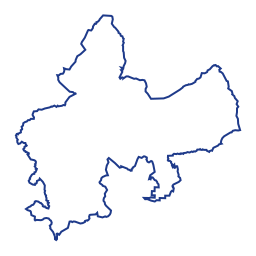 outline of Eloxochitlán, Hidalgo, Mexico
{"feature_id": "50627088B56771810727616", "entity_name": "Eloxochitlán", "entity_type": "district", "adm_level": 2, "iso_a3": "MEX", "parent_name": "Mexico", "parent_adm1": "Hidalgo", "projection": "robinson", "projection_center": [-98.887, 20.743], "detail": "fine", "context": "isolated", "style": "outline", "palette": "blue", "viewbox_px": 256, "rotation_deg": 0, "n_neighbors": 0, "source": "geoboundaries", "source_scale": "gbopen_adm2", "svg_char_len": 5764}
<svg xmlns="http://www.w3.org/2000/svg" viewBox="0 0 256 256"><path d="M67.9,227.9L69.6,221.6L71.1,221.4L72.3,222.1L73.4,221.5L75.0,221.6L80.3,223.5L82.7,223.1L85.0,221.9L85.1,220.9L87.1,220.3L87.5,220.6L88.5,219.9L89.5,218.5L89.1,216.7L89.6,215.1L90.2,214.8L95.6,214.4L97.2,212.8L97.8,216.3L102.5,217.4L105.2,216.4L106.2,216.9L108.1,216.3L109.9,214.5L110.6,212.9L111.0,210.5L106.0,205.7L105.0,204.2L104.7,202.3L103.6,201.0L103.5,200.0L103.9,198.1L105.2,196.3L104.8,193.7L107.1,190.0L105.3,186.7L102.7,185.8L102.4,185.0L99.9,183.3L99.5,182.2L101.1,180.1L101.3,178.3L102.6,177.0L105.9,175.5L107.9,175.3L105.9,169.8L106.8,165.5L108.5,162.3L107.5,159.4L108.8,158.0L114.8,162.9L119.7,167.7L121.4,167.2L121.3,166.3L127.2,168.6L128.1,169.6L129.3,169.8L130.7,170.8L131.7,170.6L131.6,169.2L132.6,168.5L132.7,167.6L135.0,166.0L137.5,159.1L138.7,156.9L141.7,157.9L143.7,156.4L144.7,156.4L146.8,157.5L146.8,159.0L146.4,159.4L147.4,161.6L148.3,162.2L149.0,162.4L151.1,161.0L152.2,161.5L153.3,164.7L154.7,171.9L150.2,175.3L149.1,179.1L149.8,178.9L150.6,179.3L151.3,177.2L152.7,177.5L154.7,180.1L155.9,180.4L157.1,181.9L157.3,182.9L158.5,184.3L158.7,187.4L154.7,187.2L154.6,191.2L151.9,191.1L151.7,195.2L154.8,195.3L154.7,197.7L150.8,197.4L149.4,198.0L144.0,197.9L145.1,199.2L147.4,199.1L151.0,200.6L154.8,201.5L156.5,200.2L159.7,200.4L159.7,198.0L165.2,198.2L165.2,195.7L169.4,195.7L170.9,191.8L171.9,190.8L173.2,191.4L173.8,188.2L172.9,187.5L173.1,186.7L172.5,186.2L172.6,185.6L173.5,184.5L178.8,181.9L180.6,180.2L180.1,177.9L178.4,176.4L178.7,174.9L177.6,171.4L177.9,169.3L177.2,166.3L176.2,166.2L174.8,167.9L173.6,167.3L174.4,165.4L174.3,164.6L173.2,165.8L172.5,165.2L172.3,166.1L171.9,165.2L172.5,164.7L171.0,162.7L171.1,161.8L169.9,160.9L168.3,160.8L167.8,160.1L168.4,158.7L167.9,157.9L168.0,155.8L172.8,155.6L172.9,154.7L174.0,153.8L176.4,154.1L177.4,153.6L179.2,154.1L180.3,153.5L180.8,154.0L182.0,153.3L183.3,153.9L183.9,153.0L186.1,152.8L187.4,152.1L189.6,152.5L191.7,151.5L192.8,152.0L194.0,151.3L195.1,151.6L196.6,150.8L197.3,149.6L199.6,149.6L200.1,149.1L201.1,149.9L202.2,149.9L202.6,149.4L204.0,149.9L206.5,149.9L206.8,150.7L209.2,151.9L209.6,151.1L211.5,150.4L212.1,150.7L213.4,147.8L218.0,145.6L219.1,144.3L221.6,143.7L220.8,142.9L221.3,140.4L222.3,138.2L224.1,136.3L230.6,132.4L231.6,132.4L232.8,130.8L235.2,130.2L238.3,130.5L240.1,130.1L238.2,123.8L237.9,118.8L236.4,115.9L237.0,112.2L237.0,108.3L238.3,106.7L236.6,104.1L237.7,101.2L234.9,98.0L234.3,96.1L232.2,94.3L232.5,93.7L231.8,91.1L228.2,88.5L228.7,86.7L227.9,81.4L226.6,80.9L222.7,73.4L221.0,72.0L219.6,71.6L219.3,69.7L220.7,68.5L218.0,66.1L217.0,66.4L215.6,65.0L215.0,65.1L215.3,65.4L213.7,65.5L212.6,66.1L209.8,69.3L207.6,70.4L207.2,71.9L206.7,72.3L204.7,73.3L201.8,73.1L200.5,77.4L198.7,78.7L197.2,78.9L195.4,81.0L195.4,81.8L195.0,82.1L192.1,83.8L189.6,84.5L188.6,84.3L188.1,84.8L185.7,85.3L183.1,86.7L182.8,87.4L180.0,89.6L168.8,96.6L163.7,98.4L151.0,98.8L147.7,93.7L145.6,91.5L145.6,88.9L146.7,86.8L146.6,86.1L146.0,83.3L144.5,80.3L142.5,79.9L139.9,80.2L136.1,78.5L134.1,78.8L128.1,76.4L126.3,76.4L123.7,78.2L123.8,77.9L122.1,77.4L120.3,78.7L119.5,77.4L122.3,71.9L121.2,70.2L122.4,70.2L122.8,69.4L121.4,67.7L123.3,68.2L123.7,66.0L125.1,63.2L125.6,60.9L124.1,57.8L123.7,52.3L123.1,51.1L123.1,46.1L122.6,45.4L123.8,42.7L123.1,41.7L123.7,38.7L123.1,38.4L122.4,36.3L120.8,35.8L120.3,33.9L118.5,32.8L118.5,31.7L115.1,27.6L114.2,27.1L111.8,23.7L112.8,19.3L112.3,16.6L111.2,15.9L103.1,15.4L99.6,19.4L99.3,20.3L97.7,21.8L96.4,22.2L96.4,23.4L95.9,23.9L94.8,23.7L93.0,26.5L92.9,28.0L91.7,29.9L91.1,30.5L88.5,30.0L88.0,30.4L84.8,37.7L81.9,42.0L81.2,43.9L85.3,49.8L80.4,54.3L77.3,56.2L75.7,59.9L75.5,61.7L71.2,66.5L69.5,69.5L66.4,69.2L64.0,68.3L64.4,70.4L63.8,72.4L62.9,73.7L60.5,73.9L59.0,75.3L57.3,75.2L58.3,77.6L58.2,79.8L59.6,82.3L69.7,91.7L72.9,92.1L74.2,93.3L75.4,93.3L75.6,93.7L69.5,96.9L65.4,102.4L65.3,104.4L64.9,105.3L63.4,105.0L61.9,105.8L58.4,106.3L57.7,105.7L56.5,106.9L54.4,105.6L51.9,106.8L51.3,106.5L49.7,107.4L44.8,108.5L41.8,109.7L38.5,109.4L37.1,111.1L33.8,111.4L32.6,114.4L32.7,115.3L34.0,117.4L33.8,118.9L30.8,118.9L29.7,120.1L28.1,120.1L26.8,121.5L25.1,122.0L23.3,123.2L23.0,125.6L21.6,126.7L22.2,128.9L22.1,129.4L20.8,130.2L20.9,132.4L18.6,133.5L18.1,134.2L17.7,133.7L16.7,134.0L15.9,135.6L16.5,136.3L16.3,137.6L17.8,139.8L17.2,140.6L17.4,142.4L18.4,144.0L20.2,143.4L21.8,141.7L23.8,143.0L25.4,143.0L25.8,144.4L26.7,145.6L26.4,145.9L25.6,145.6L25.2,146.6L24.4,147.0L24.3,148.4L23.3,149.1L23.4,149.5L24.1,150.7L25.3,151.1L25.6,152.0L26.3,151.9L28.8,153.2L28.8,153.9L27.5,154.4L30.7,159.4L34.0,160.1L35.3,160.8L35.9,161.8L35.8,163.2L35.0,164.1L35.6,165.0L34.7,166.4L35.7,167.5L35.7,168.9L36.8,169.0L36.6,169.8L35.5,172.1L34.5,172.3L34.3,173.9L33.3,173.9L31.9,174.7L30.0,177.8L29.7,178.3L30.1,178.9L28.7,180.8L29.5,182.7L32.6,184.5L34.9,184.9L35.2,183.6L36.3,183.5L36.7,183.0L37.0,180.9L39.2,180.0L39.7,178.6L42.8,181.8L44.8,185.4L44.5,189.8L45.1,190.8L44.6,192.2L45.2,194.6L46.1,195.4L45.9,196.6L46.5,198.0L46.3,200.3L47.9,200.9L47.5,201.4L47.9,202.1L47.7,202.7L48.7,202.9L48.0,204.8L49.2,206.1L48.4,208.5L46.7,208.1L46.5,207.6L45.5,207.5L44.8,206.4L43.8,206.7L42.8,206.2L42.7,204.8L40.9,203.0L40.4,203.1L38.3,201.6L35.9,201.1L34.8,201.6L34.8,202.5L33.3,204.7L31.5,205.3L30.5,206.4L28.9,207.0L26.0,209.0L27.5,210.1L30.3,211.0L30.8,211.6L31.4,215.1L34.9,216.6L34.7,219.8L35.2,220.4L36.7,219.9L40.9,220.2L42.6,219.7L44.2,218.4L46.3,218.0L48.7,218.5L50.0,220.1L50.9,220.6L51.7,222.5L51.4,224.2L49.8,225.7L50.4,227.2L50.2,228.4L53.1,232.0L54.9,236.5L55.0,239.2L55.8,239.7L55.9,238.9L56.2,240.6L56.5,237.8L56.1,237.0L56.6,237.5L57.0,239.8L57.0,235.9L57.7,234.6L57.2,233.9L56.3,234.7L56.7,233.8L57.8,233.7L59.3,234.7L61.3,231.7L67.9,227.9Z" fill="none" stroke="#1e3a8a" stroke-width="2"/></svg>